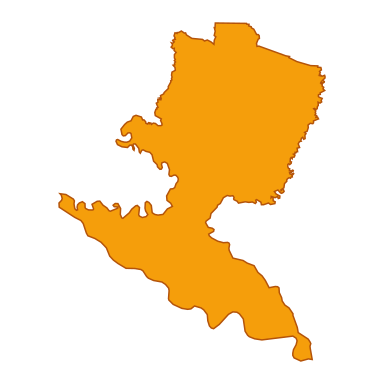 Gualeguay, Entre Ríos, Argentina
{"feature_id": "61730980B31839589787630", "entity_name": "Gualeguay", "entity_type": "district", "adm_level": 2, "iso_a3": "ARG", "parent_name": "Argentina", "parent_adm1": "Entre Ríos", "projection": "mercator", "projection_center": [-59.609, -33.183], "detail": "fine", "context": "isolated", "style": "filled", "palette": "amber", "viewbox_px": 384, "rotation_deg": 0, "n_neighbors": 0, "source": "geoboundaries", "source_scale": "gbopen_adm2", "svg_char_len": 5984}
<svg xmlns="http://www.w3.org/2000/svg" viewBox="0 0 384 384"><path d="M60.0,193.7L61.3,195.2L62.2,198.5L61.6,200.3L59.0,203.0L59.2,207.2L74.8,217.4L80.9,220.5L83.2,223.5L86.4,233.1L87.9,235.8L94.9,238.5L101.0,242.2L106.4,247.9L109.7,256.1L113.4,260.1L118.0,263.5L126.0,268.3L134.9,268.5L140.9,269.5L143.0,270.9L146.6,276.5L148.4,278.2L153.6,280.5L161.9,282.0L165.5,284.4L168.6,288.1L169.1,290.6L168.5,298.7L168.9,300.1L173.2,304.4L181.9,308.4L187.6,309.3L190.9,308.9L194.5,306.0L201.0,307.9L203.7,309.8L207.3,314.6L207.8,320.8L209.4,325.9L211.3,328.0L213.6,328.7L219.3,324.4L228.5,314.3L232.8,311.9L236.9,312.2L239.5,313.9L243.3,318.9L245.1,331.2L247.6,335.2L249.3,336.7L254.6,338.8L261.9,339.9L292.9,336.1L296.1,338.2L297.1,340.8L296.1,344.8L293.5,349.6L292.8,353.2L292.8,355.4L294.1,357.9L300.8,361.0L308.4,358.9L312.2,359.5L310.2,348.2L310.0,346.1L310.8,343.6L310.0,341.9L308.2,339.1L298.2,332.6L297.3,327.5L292.9,315.3L293.0,313.8L289.0,307.9L284.9,305.1L282.2,301.0L281.6,297.6L279.3,292.7L279.0,287.9L277.6,286.7L275.3,286.5L269.1,287.7L265.3,280.4L262.1,275.9L257.9,272.4L254.1,265.7L247.2,263.1L243.1,260.5L232.9,258.1L229.2,250.4L228.9,248.2L229.6,244.6L229.0,243.1L227.6,242.4L223.4,242.7L217.8,241.2L211.6,237.9L209.2,235.7L208.7,234.1L213.6,231.4L214.0,229.5L212.2,228.2L208.3,227.4L205.6,222.7L206.1,221.1L210.1,218.1L211.0,213.5L217.0,207.3L217.6,205.2L220.3,203.5L223.4,197.7L227.2,195.5L230.0,196.1L232.8,195.7L234.1,197.4L233.6,198.9L234.0,199.7L237.1,201.2L238.5,203.1L245.3,201.8L248.8,202.4L252.4,202.0L255.3,203.5L256.4,202.2L255.7,200.2L256.7,199.6L260.9,202.2L261.4,204.7L263.6,204.7L268.5,203.0L270.5,204.5L274.9,203.6L275.2,201.8L273.2,200.8L273.0,197.2L272.2,196.8L271.1,197.8L271.2,196.4L275.1,197.7L277.5,196.5L278.3,198.5L279.7,198.1L279.9,196.0L276.2,194.1L274.4,191.5L277.9,190.0L280.5,192.9L281.7,193.3L283.3,192.4L284.1,191.4L283.5,189.8L282.5,189.3L281.1,190.6L280.9,189.9L283.9,187.8L284.5,183.6L286.8,181.3L286.7,179.8L287.6,178.7L289.0,177.7L290.5,178.2L291.2,177.0L292.3,176.9L292.1,175.5L293.7,173.7L293.3,173.2L291.5,174.5L289.9,173.9L289.5,172.4L291.4,172.5L291.6,171.5L293.1,171.2L293.3,170.5L292.6,170.1L291.3,171.0L289.4,170.4L289.7,168.8L288.5,168.4L287.8,166.8L287.8,164.5L288.8,163.7L289.7,164.6L291.2,163.3L291.4,161.9L290.1,161.8L290.4,158.4L291.2,157.5L292.2,158.7L292.5,157.3L294.3,157.0L294.9,155.3L293.5,154.2L294.9,153.8L295.1,152.4L296.0,152.7L296.5,151.8L297.6,151.7L297.1,148.2L299.6,147.5L298.2,143.8L299.5,141.6L301.2,141.2L300.8,140.6L301.4,138.3L302.7,137.3L303.7,139.3L305.1,138.6L304.9,135.1L306.0,133.7L304.6,132.4L307.1,131.3L308.3,127.6L308.0,125.1L310.2,123.3L312.8,123.7L313.5,122.9L313.5,120.9L318.5,118.9L317.5,117.0L315.9,117.4L316.6,115.6L315.0,115.0L315.8,113.4L315.2,112.5L315.8,110.9L313.7,108.7L314.3,108.4L315.9,109.4L317.2,108.7L317.4,106.6L318.3,105.4L318.1,102.2L320.0,103.1L321.7,101.9L321.1,100.6L322.2,98.4L319.2,97.3L318.3,96.2L318.5,94.7L320.3,94.4L320.1,92.9L324.7,90.5L323.0,88.9L323.7,87.3L322.2,86.2L322.2,84.6L320.6,83.1L321.3,81.8L322.6,83.3L324.2,82.3L324.3,81.5L322.5,80.4L325.0,78.0L325.0,76.4L324.6,75.3L322.2,76.2L319.7,75.6L320.6,75.1L319.4,74.2L320.3,72.7L319.5,71.4L321.4,69.9L320.9,67.5L317.7,67.2L317.8,65.9L310.6,65.6L296.9,61.6L288.8,57.6L289.5,56.5L285.7,55.8L258.9,46.1L257.0,46.4L256.5,43.3L258.2,39.2L259.4,38.5L259.2,35.7L258.3,34.6L256.6,34.5L253.8,29.2L251.5,27.9L251.2,26.7L248.7,25.9L249.0,24.3L246.8,24.2L246.5,23.4L215.3,23.0L215.0,27.8L214.3,27.7L215.2,31.2L214.2,35.5L215.8,36.8L214.3,40.2L213.9,44.3L211.0,41.9L207.3,40.0L204.5,41.0L202.5,39.4L191.9,38.4L186.4,34.9L185.6,32.9L184.4,33.1L181.3,31.0L179.0,32.4L177.0,32.6L177.0,33.4L175.0,32.8L174.0,35.9L175.1,37.9L174.6,38.6L175.2,39.4L172.9,40.1L172.6,40.7L174.2,41.9L172.7,43.3L171.5,42.9L172.4,44.3L172.3,45.6L171.1,47.1L172.9,48.7L174.3,48.3L174.1,50.5L176.1,52.4L174.4,54.6L174.4,58.0L175.3,59.4L174.3,60.6L175.5,62.0L174.5,63.1L174.8,64.8L173.1,65.2L175.0,67.4L175.3,70.3L172.0,72.1L171.5,75.2L172.1,77.1L171.5,78.4L171.9,79.9L170.7,80.7L170.9,81.8L168.2,86.7L168.4,88.4L164.1,92.6L163.7,93.9L160.5,95.6L160.9,97.6L159.4,98.0L161.2,98.7L160.9,99.8L157.8,99.4L157.9,102.3L156.3,103.2L158.0,107.4L156.7,107.9L156.9,109.0L155.9,109.3L154.8,112.5L155.3,115.6L161.3,118.9L160.6,120.5L161.9,123.4L162.0,125.0L161.1,125.6L158.0,125.7L155.5,123.5L153.3,123.1L151.4,124.4L150.8,123.0L149.4,123.7L149.4,122.8L148.6,122.6L147.4,124.0L145.8,123.2L145.7,121.8L144.0,119.9L142.6,119.9L141.4,117.0L136.0,115.3L133.3,116.4L131.0,120.8L127.3,122.1L124.7,124.4L120.9,129.2L122.0,134.6L123.3,135.9L125.4,135.6L128.0,132.9L130.0,132.8L131.0,133.5L131.8,137.9L129.7,141.1L126.9,142.2L124.3,142.1L121.1,141.3L117.7,139.5L116.5,139.9L116.0,141.3L117.5,144.6L121.9,146.8L127.5,147.5L129.8,145.2L131.4,145.1L132.6,146.6L133.0,149.3L134.0,150.3L134.4,148.4L132.9,144.9L133.5,144.0L135.4,144.0L138.8,148.4L139.3,152.0L140.3,153.2L141.7,150.4L143.1,149.8L146.0,151.4L149.8,152.3L152.0,154.7L153.6,161.2L157.1,164.6L157.5,166.8L159.9,169.3L161.4,169.1L162.3,167.5L161.5,164.5L162.0,162.7L164.7,161.9L167.3,163.4L169.5,169.7L168.9,174.3L169.6,176.0L171.3,176.4L174.0,175.1L175.8,175.2L177.7,177.2L178.3,179.0L177.8,181.5L176.1,183.6L174.7,187.6L173.0,188.7L170.4,189.0L166.6,196.0L167.0,200.4L170.7,203.2L172.4,206.4L167.4,208.9L163.0,214.4L158.0,215.1L154.7,214.4L152.2,212.7L151.3,205.4L149.0,202.5L146.9,201.4L145.3,202.7L145.0,208.1L145.6,210.9L147.8,214.6L146.1,216.6L142.3,217.5L139.4,216.1L138.7,214.7L139.5,207.5L137.3,205.4L135.6,205.9L131.7,209.2L129.3,212.8L122.9,218.3L121.7,217.8L120.3,214.5L120.6,208.5L117.9,203.6L115.2,203.5L113.1,205.2L114.2,206.7L117.9,207.0L117.7,208.2L110.4,211.2L109.0,210.7L106.9,207.9L103.0,205.2L99.8,201.1L97.1,201.3L92.0,204.3L93.5,208.6L93.4,209.6L92.4,210.0L88.5,209.9L85.8,208.6L85.1,207.7L85.0,203.6L82.4,201.7L79.3,203.0L77.6,204.8L77.1,207.1L77.6,209.8L76.5,210.3L74.8,208.7L74.0,203.8L74.4,200.9L73.4,199.1L65.9,194.5L60.0,193.7Z" fill="#f59e0b" stroke="#b45309" stroke-width="1.5"/></svg>